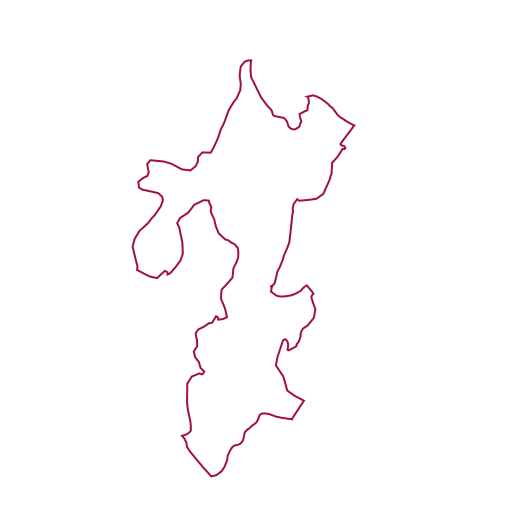 Ba'dan, Ibb, Yemen (Robinson projection), rotated 64°
{"feature_id": "15242507B32892695664802", "entity_name": "Ba'dan", "entity_type": "district", "adm_level": 2, "iso_a3": "YEM", "parent_name": "Yemen", "parent_adm1": "Ibb", "projection": "robinson", "projection_center": [44.318, 13.989], "detail": "fine", "context": "isolated", "style": "outline", "palette": "rose", "viewbox_px": 512, "rotation_deg": 64, "n_neighbors": 0, "source": "geoboundaries", "source_scale": "gbopen_adm2", "svg_char_len": 5193}
<svg xmlns="http://www.w3.org/2000/svg" viewBox="0 0 512 512"><g transform="rotate(64 256 256)"><path d="M216.5,369.0L218.5,367.5L222.0,364.9L225.7,362.2L227.5,360.8L229.9,357.9L232.5,354.7L229.4,344.5L231.7,342.7L233.9,343.6L233.9,340.8L230.9,333.5L229.4,330.6L226.9,325.8L224.3,323.2L221.9,320.8L215.8,318.1L211.9,316.4L205.3,314.7L200.9,313.6L196.9,312.5L192.0,312.5L188.5,307.5L187.4,298.1L184.8,292.8L182.9,289.2L182.9,278.6L185.4,274.2L186.3,274.0L187.0,274.6L188.3,274.7L192.7,274.8L193.8,275.7L194.8,276.5L195.5,276.7L196.8,277.3L199.0,277.4L204.7,277.5L209.9,278.7L211.8,279.1L215.2,279.3L219.3,279.6L224.4,277.6L227.8,276.3L229.3,274.4L233.4,272.1L236.3,270.0L236.7,269.7L238.2,269.6L239.5,269.3L240.3,268.8L244.7,270.1L249.7,272.8L253.3,276.6L257.2,281.7L265.2,286.7L268.5,294.7L269.7,297.8L271.2,301.7L278.2,305.9L280.1,306.3L288.8,306.8L291.2,307.2L298.2,308.9L298.2,313.3L296.7,317.8L294.2,317.2L292.7,318.3L294.2,320.6L294.3,320.9L296.2,323.8L296.5,324.4L296.7,325.2L296.5,326.0L295.8,327.5L296.7,333.9L296.7,340.0L298.8,343.9L301.7,345.0L306.2,346.1L311.2,348.3L314.7,353.9L320.7,355.0L326.2,353.8L332.2,354.9L337.2,353.2L338.7,355.5L338.7,356.6L336.7,358.3L336.2,366.6L340.7,373.8L344.2,375.5L354.7,380.8L357.2,382.1L363.2,384.3L374.1,387.1L376.1,387.6L380.6,389.3L384.5,391.2L385.5,393.8L385.8,395.6L385.9,396.7L385.7,398.3L385.5,400.0L385.2,401.3L388.8,400.4L392.0,400.4L393.9,400.6L396.5,401.4L398.5,401.6L400.8,401.3L403.9,400.8L422.3,396.3L434.1,392.9L434.5,392.8L435.6,387.6L434.4,381.3L431.9,377.0L426.9,371.5L423.1,369.0L420.2,365.5L417.5,361.4L416.8,358.6L417.3,356.9L417.6,355.6L417.9,354.2L417.8,352.7L417.4,351.1L416.8,349.8L416.0,348.7L415.0,347.7L413.8,346.7L412.6,345.7L411.5,344.9L410.2,344.1L409.4,342.9L408.7,341.3L408.2,339.7L408.1,338.2L407.7,336.7L407.2,335.3L406.8,333.7L406.5,332.2L406.3,330.8L406.1,329.5L405.3,328.0L403.5,325.3L401.9,323.9L400.6,322.4L400.2,320.9L400.3,319.4L401.9,316.1L404.1,313.2L406.8,310.6L409.3,308.3L409.7,307.8L410.5,306.5L412.3,304.4L413.2,303.1L414.2,301.7L414.9,300.4L416.0,299.1L416.9,297.8L417.3,297.0L417.5,296.5L418.5,295.2L418.2,295.1L414.5,288.9L407.1,276.4L398.4,282.7L390.6,286.9L381.1,285.1L376.3,284.3L373.3,284.7L367.8,285.4L363.1,286.1L362.0,285.3L355.9,280.7L343.6,268.6L343.6,266.6L344.2,265.6L347.3,265.3L349.5,265.8L351.3,266.8L352.8,267.8L353.5,268.4L354.2,268.7L354.9,268.4L355.1,266.7L355.1,265.8L354.9,260.3L354.8,259.4L353.9,258.7L353.0,257.7L351.9,255.4L349.8,253.1L347.4,250.9L345.5,250.0L343.2,247.7L341.7,245.2L341.2,240.3L336.9,231.1L330.2,226.1L327.6,225.8L321.2,225.0L317.4,224.4L315.9,223.0L315.2,221.1L313.2,221.1L304.7,223.2L304.8,224.6L305.1,226.5L305.9,228.9L306.8,230.6L307.2,236.1L306.9,241.2L305.2,247.1L303.0,252.1L300.7,254.9L294.6,258.2L291.2,255.7L290.1,256.0L289.6,255.4L290.3,254.8L290.0,254.4L290.0,254.2L288.6,251.1L284.9,248.0L279.5,243.7L276.5,239.6L271.3,233.8L268.0,230.9L264.2,226.4L260.9,222.7L257.9,219.8L247.0,212.8L245.9,212.1L244.7,211.4L238.6,207.6L234.5,205.0L232.1,203.1L229.6,202.3L225.9,199.6L223.0,194.0L225.2,193.0L226.7,189.3L229.3,182.2L231.1,176.4L229.6,168.2L228.1,166.4L224.0,161.5L220.3,157.0L217.2,154.2L214.7,151.7L212.1,150.4L207.3,147.6L205.6,146.7L202.6,139.3L197.8,131.3L197.9,131.0L198.0,130.6L198.4,130.1L198.6,129.6L198.6,129.1L198.2,128.4L197.8,128.2L197.3,128.2L197.1,128.3L196.4,128.5L195.9,128.7L195.3,129.2L194.9,129.7L194.4,130.3L194.1,130.5L193.8,130.5L193.2,131.1L192.9,131.2L191.9,130.4L181.7,110.4L178.6,112.9L174.2,115.8L169.4,118.7L169.0,119.1L165.4,120.7L161.1,121.5L156.8,122.2L153.5,123.9L151.4,124.4L147.4,126.3L143.3,128.5L139.2,131.5L136.6,134.3L135.5,138.8L135.3,140.0L135.4,139.9L135.7,139.8L136.0,139.7L136.3,139.6L136.5,139.5L137.9,140.1L139.4,140.4L140.8,140.9L142.0,141.8L143.0,143.0L144.3,144.0L145.5,144.8L146.9,145.5L147.6,146.0L147.3,148.8L147.5,152.1L147.4,152.9L147.4,154.5L149.0,155.2L150.4,155.4L150.9,155.6L151.7,155.8L154.4,156.1L155.1,156.4L156.0,157.7L157.4,159.2L158.4,159.9L158.9,160.7L159.2,163.7L159.3,165.3L158.9,166.2L158.5,167.0L157.6,168.1L156.4,169.0L155.1,169.6L153.7,169.9L152.3,169.8L150.9,169.5L149.5,169.3L148.0,169.3L146.6,169.6L145.2,170.0L143.9,170.7L142.9,172.0L142.0,173.2L140.9,174.5L140.0,175.8L139.1,177.1L138.1,178.3L136.7,178.8L135.3,178.7L133.9,178.4L132.6,178.2L131.1,178.3L129.8,178.7L128.4,179.1L127.5,179.4L127.1,179.6L125.6,180.0L124.1,180.3L115.9,181.9L109.8,181.9L93.5,182.0L86.7,179.6L80.5,176.2L78.1,174.6L76.8,177.3L76.4,181.1L79.2,186.8L84.2,190.1L86.3,191.4L88.1,192.1L89.6,192.6L94.6,194.2L100.0,197.4L103.0,201.0L105.9,204.4L107.9,208.8L111.6,214.4L113.4,217.1L122.1,226.0L124.9,229.6L127.1,232.5L132.9,238.0L136.2,241.9L138.7,245.0L140.7,247.7L143.3,251.4L139.4,258.8L141.7,264.8L145.6,266.8L148.8,270.8L150.4,277.3L145.6,284.7L141.4,287.7L135.9,291.7L130.7,297.4L128.6,300.8L123.6,308.9L125.6,313.5L133.9,315.8L136.4,318.6L136.4,323.2L137.7,329.2L143.1,331.1L146.4,329.2L148.4,326.7L152.6,321.3L156.8,316.2L161.7,314.3L165.1,315.2L169.6,319.8L171.9,323.9L174.6,328.6L176.6,333.6L179.2,338.8L181.3,346.2L182.2,349.4L187.2,357.3L191.5,361.1L193.4,362.8L200.7,364.4L203.8,365.1L210.0,366.4L212.9,366.9L216.5,369.0Z" fill="none" stroke="#9f1239" stroke-width="2"/></g></svg>